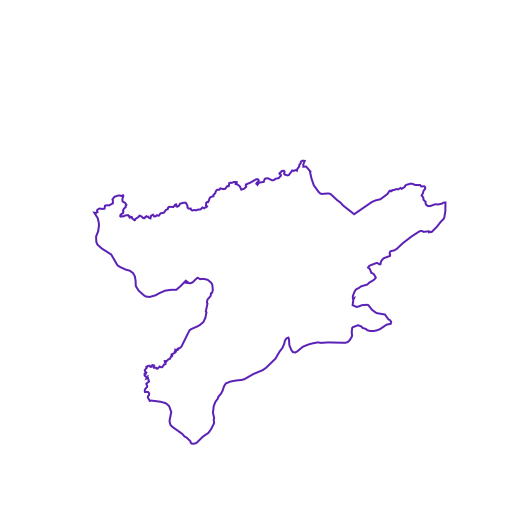 Banwa, Banwa, Burkina Faso (Equal Earth projection), rotated 228°
{"feature_id": "67063806B90065327421296", "entity_name": "Banwa", "entity_type": "district", "adm_level": 2, "iso_a3": "BFA", "parent_name": "Burkina Faso", "parent_adm1": "Banwa", "projection": "equal_earth", "projection_center": [-4.034, 12.22], "detail": "fine", "context": "isolated", "style": "outline", "palette": "violet", "viewbox_px": 512, "rotation_deg": 228, "n_neighbors": 0, "source": "geoboundaries", "source_scale": "gbopen_adm2", "svg_char_len": 6124}
<svg xmlns="http://www.w3.org/2000/svg" viewBox="0 0 512 512"><g transform="rotate(228 256 256)"><path d="M396.4,164.8L390.0,163.7L386.2,161.6L383.8,159.8L379.9,155.1L377.5,150.2L373.2,146.7L370.6,145.8L364.8,146.4L354.0,149.4L341.7,146.8L338.6,147.7L332.8,150.2L329.5,152.4L325.6,153.2L321.8,152.3L318.1,149.9L314.3,146.7L313.3,146.4L308.7,145.6L301.7,146.4L299.6,147.0L296.7,149.6L294.0,155.0L293.0,159.5L291.0,165.4L287.8,170.1L284.2,174.2L284.1,179.7L284.6,187.3L282.5,187.7L282.5,186.5L279.7,188.9L278.8,191.4L279.1,196.9L278.8,198.1L276.2,199.0L273.9,201.9L270.6,204.2L266.0,204.8L263.9,204.3L259.9,201.4L258.8,199.9L258.1,198.9L258.4,197.4L257.4,196.7L256.6,195.2L256.1,190.9L255.5,189.9L254.0,188.2L253.1,188.1L248.3,181.5L247.3,181.5L244.0,177.1L242.1,172.7L242.3,168.1L242.8,165.7L245.1,158.7L245.2,156.7L238.5,139.8L238.6,137.4L239.5,136.1L239.4,135.4L238.6,135.2L238.7,134.7L240.1,133.5L238.9,133.2L238.7,132.7L239.5,132.4L239.5,131.9L239.0,131.2L238.4,131.2L238.5,130.0L239.4,127.4L239.1,127.1L238.8,127.6L237.7,126.8L238.0,125.2L237.2,123.2L237.8,121.7L237.7,119.6L239.0,117.9L238.0,117.3L237.3,117.8L236.2,116.3L236.9,115.1L236.1,111.9L237.4,110.6L238.3,110.5L238.2,107.4L238.7,106.8L239.8,107.0L241.3,105.3L241.8,105.4L242.8,107.0L244.3,106.0L243.7,104.1L244.3,103.3L245.6,103.6L246.6,102.1L247.0,100.3L246.0,100.1L245.6,96.9L244.3,96.3L242.9,96.5L243.0,94.8L242.2,95.0L242.2,93.6L241.7,93.2L239.5,93.5L239.2,94.4L238.3,92.5L237.7,94.1L234.3,92.5L234.5,89.0L232.1,88.1L231.6,87.4L231.3,84.7L230.6,83.4L229.3,82.5L227.2,84.8L225.3,84.7L224.2,83.4L224.2,82.2L223.4,81.0L219.3,80.1L218.8,81.3L211.6,87.5L206.9,90.5L202.6,91.0L196.7,88.6L192.0,82.2L190.7,80.9L187.6,79.4L185.0,79.5L173.0,82.2L169.7,82.1L167.7,82.9L162.2,83.3L160.9,82.5L159.5,82.7L158.1,84.2L156.9,86.6L157.3,95.7L156.4,102.2L157.4,106.9L159.8,113.0L162.8,115.2L163.6,116.5L168.3,119.1L172.6,124.0L174.7,128.0L175.7,132.6L176.5,133.5L177.1,137.8L178.2,140.9L180.6,145.1L181.5,148.3L179.8,153.0L176.6,158.2L173.5,162.4L172.2,165.0L170.0,175.2L166.7,184.6L166.2,188.8L166.7,201.8L169.2,209.6L170.0,214.1L171.9,218.3L173.7,220.7L174.4,223.4L173.7,225.4L172.2,224.9L167.4,221.1L162.6,219.4L160.0,219.1L158.1,220.5L157.5,222.7L157.2,230.2L155.1,235.9L153.2,239.6L150.4,244.2L148.0,246.1L143.5,251.8L131.8,264.2L130.7,266.4L130.7,269.1L131.8,272.9L132.6,274.2L135.5,276.3L138.2,279.4L138.3,280.3L136.3,285.5L133.2,287.1L131.2,287.1L128.2,288.9L126.5,289.0L124.6,290.1L121.8,292.8L119.9,296.0L118.7,299.1L117.6,307.1L115.5,310.7L116.6,312.4L118.7,312.6L120.6,312.0L126.2,312.7L132.6,307.6L134.3,307.0L138.5,306.2L144.4,306.6L145.7,305.6L148.7,301.6L149.7,298.6L150.9,296.6L154.8,294.9L158.4,299.1L159.2,300.9L159.7,299.7L161.5,301.2L163.5,305.3L164.2,307.5L164.1,308.6L163.4,311.0L163.1,313.9L160.3,319.6L160.4,322.7L159.6,326.1L159.4,328.5L159.8,330.6L163.1,331.3L164.8,331.2L166.2,330.4L170.2,331.9L172.4,331.5L172.8,333.0L172.5,334.9L170.3,340.6L169.8,341.4L167.4,342.1L166.6,342.9L168.3,345.3L168.9,348.1L168.8,349.6L166.4,355.7L167.3,356.6L168.6,357.1L169.5,358.7L169.3,359.7L167.7,362.4L167.1,365.3L167.3,373.9L166.4,385.1L165.0,393.7L164.4,395.2L162.9,396.4L161.9,396.6L158.8,400.8L157.9,400.5L157.9,401.3L157.1,401.5L156.3,402.8L156.7,409.9L157.8,416.2L158.0,420.2L158.5,421.5L162.6,426.7L169.0,432.6L170.2,431.1L170.5,429.2L172.3,426.0L174.6,423.7L176.5,419.0L177.9,417.3L180.2,416.7L181.8,417.3L182.8,418.3L185.7,418.1L187.7,419.5L190.1,419.5L190.7,421.5L192.5,424.5L192.6,426.3L193.8,427.7L195.2,427.7L197.2,425.3L198.8,425.5L202.5,421.6L204.5,420.8L206.1,419.6L208.3,415.3L208.4,413.9L207.8,412.8L208.4,409.2L209.8,409.0L210.4,406.2L211.8,405.0L213.1,401.9L213.8,401.4L213.5,400.4L213.7,399.6L214.9,399.3L215.0,398.4L214.1,395.2L214.9,386.5L217.4,381.9L218.6,378.1L221.4,356.9L235.2,354.5L239.2,354.5L243.0,353.7L252.2,352.9L254.1,351.6L258.1,346.4L259.4,345.6L261.7,345.4L270.0,346.3L276.5,349.1L282.5,352.5L282.5,353.0L288.9,353.1L290.7,350.9L292.3,352.3L294.1,355.8L295.7,354.4L296.1,352.5L295.0,351.2L294.7,349.1L293.6,348.0L293.0,344.8L292.0,343.5L293.4,342.8L294.1,340.8L295.3,340.2L294.2,334.5L294.9,333.3L297.3,331.8L298.4,331.9L299.3,333.5L300.6,333.8L302.0,331.9L301.6,330.6L301.8,328.8L301.2,328.4L299.7,328.8L299.0,328.2L298.7,324.9L300.3,322.2L300.4,320.2L301.5,318.6L305.9,316.8L307.3,314.7L307.4,314.0L305.9,311.3L308.1,307.9L308.4,306.4L307.9,304.7L309.5,304.6L309.9,305.6L309.8,307.6L310.4,308.7L311.9,308.7L312.9,307.4L314.5,300.0L315.2,298.9L315.2,297.9L315.9,296.4L315.2,295.5L314.1,295.2L314.0,294.5L314.0,292.1L315.1,289.5L318.8,290.6L321.5,290.0L323.2,289.0L323.6,289.4L323.1,290.4L323.8,291.1L325.7,289.3L326.6,286.8L327.4,286.3L328.1,284.9L326.1,282.5L327.2,281.2L326.5,278.2L327.6,276.4L330.1,274.8L329.8,273.0L331.2,271.5L331.1,269.7L329.9,267.6L329.9,265.3L328.9,264.4L330.0,262.1L330.2,260.7L328.1,256.7L328.1,256.3L328.8,255.8L328.9,254.6L327.1,252.7L325.6,252.8L325.5,251.7L326.1,250.4L326.1,249.4L327.9,248.7L327.7,246.4L328.0,245.4L329.2,244.2L330.1,241.8L331.4,241.1L332.5,239.0L334.1,238.8L335.0,239.2L336.1,237.8L337.7,237.5L339.7,238.9L342.6,239.4L344.1,237.7L345.7,234.5L344.9,232.6L345.3,230.4L346.3,230.0L347.3,231.1L347.9,231.2L348.2,230.2L347.7,227.4L350.8,224.2L350.7,222.9L349.9,222.0L350.5,219.7L349.8,216.4L351.6,213.6L351.0,211.0L351.2,210.4L352.6,209.7L352.7,207.9L353.5,206.8L355.6,207.1L356.1,205.0L354.6,202.7L355.7,202.1L357.5,202.2L358.1,201.3L359.0,201.0L358.8,199.0L359.1,199.1L359.3,197.9L360.0,197.4L362.0,197.4L364.0,196.4L363.6,195.1L364.2,191.0L363.7,190.2L363.8,189.7L366.8,189.1L368.2,189.8L369.0,188.7L368.9,187.9L369.7,187.9L370.5,188.6L371.1,188.1L372.0,188.3L373.7,185.8L374.1,184.0L375.2,183.0L375.5,182.0L376.3,181.7L377.2,182.6L377.2,184.4L376.8,185.8L377.8,187.2L378.6,187.3L379.6,189.6L379.5,191.8L380.6,192.8L380.7,193.9L383.5,194.3L384.6,193.6L386.2,193.5L387.7,194.8L389.5,197.7L390.2,197.8L390.7,196.0L391.7,195.6L393.0,194.3L394.7,190.5L394.1,187.2L393.3,187.0L390.9,184.9L391.9,180.7L393.5,179.1L394.4,177.4L392.5,175.1L393.7,173.4L396.1,171.3L396.5,169.0L395.8,167.9L394.7,167.6L395.0,166.0L396.4,164.8Z" fill="none" stroke="#5b21b6" stroke-width="2"/></g></svg>